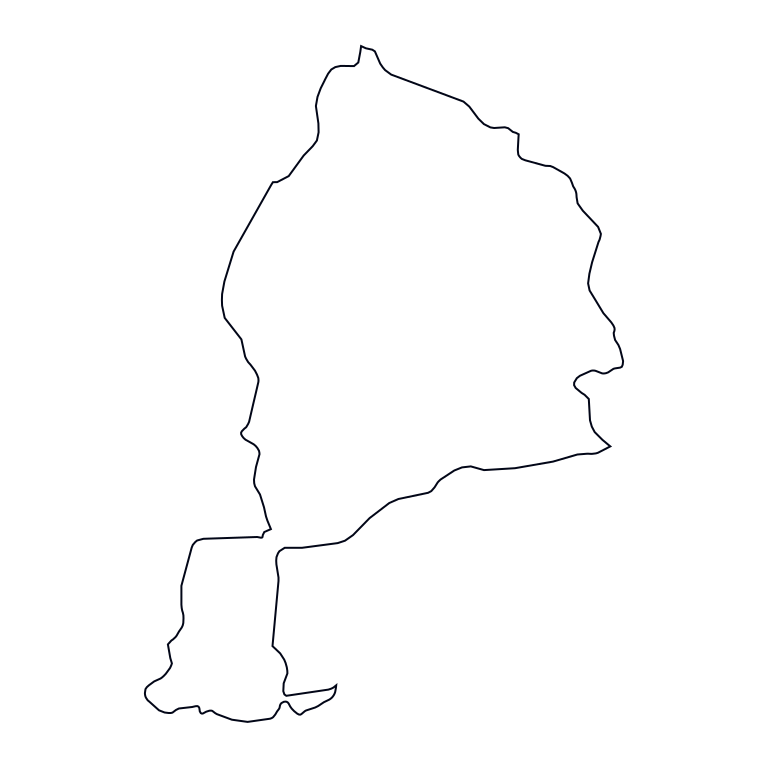 an SVG outline of Jawzjan
{"feature_id": "AFG-1746", "entity_name": "Jawzjan", "entity_type": "Province", "adm_level": 1, "iso_a3": "AFG", "parent_name": "Afghanistan", "parent_adm1": "", "projection": "orthographic", "projection_center": [65.748, 36.744], "detail": "fine", "context": "isolated", "style": "outline", "palette": "ink", "viewbox_px": 768, "rotation_deg": 0, "n_neighbors": 0, "source": "natural_earth", "source_scale": "10m", "svg_char_len": 3851}
<svg xmlns="http://www.w3.org/2000/svg" viewBox="0 0 768 768"><path d="M361.1,46.1L365.9,48.3L372.3,49.7L374.9,51.4L380.2,63.6L382.8,67.4L385.1,70.1L391.2,74.6L463.5,101.6L469.3,106.6L478.3,118.6L483.9,124.1L490.4,127.4L494.1,128.0L504.8,127.3L508.2,128.2L512.8,131.9L515.8,132.8L518.7,134.3L518.5,137.0L517.8,149.9L518.0,152.1L518.3,154.6L519.0,155.9L520.2,157.4L521.0,158.2L521.8,158.9L525.3,160.3L545.4,165.8L550.2,166.0L553.1,167.1L564.5,173.5L567.6,175.8L570.1,178.5L571.9,182.7L573.2,186.4L574.7,188.8L575.5,190.5L576.1,192.4L576.4,194.0L576.6,197.2L577.6,203.3L578.4,204.5L582.8,210.7L598.1,226.9L600.9,233.9L600.5,236.2L599.6,239.6L599.3,240.3L598.5,242.0L592.1,262.3L589.4,273.7L588.1,283.4L589.6,290.5L594.5,298.5L603.4,313.2L611.3,322.4L613.4,325.5L614.5,328.0L614.6,329.7L614.3,331.2L613.7,332.9L614.0,335.7L615.1,340.0L618.4,345.0L620.1,349.0L623.1,361.1L622.7,364.7L621.8,366.8L620.2,367.6L615.0,368.4L613.5,368.8L608.1,372.4L605.9,373.2L603.9,373.5L602.2,373.4L595.5,370.8L593.9,370.5L592.4,370.5L591.0,370.8L579.9,375.8L576.8,378.2L574.2,382.5L574.1,385.2L575.7,388.0L581.6,392.9L584.6,394.8L588.8,399.0L590.0,420.3L591.8,426.6L594.7,432.1L602.5,439.9L610.3,446.4L597.9,452.8L595.9,453.4L591.7,453.9L587.5,453.7L577.4,454.5L553.0,461.6L515.0,468.2L484.0,470.1L470.8,466.4L462.0,467.4L454.3,470.5L440.6,479.5L438.8,481.2L437.7,482.4L434.6,487.3L431.3,491.1L428.1,492.8L398.4,499.0L389.3,503.0L369.6,518.1L353.0,535.1L345.0,540.7L337.7,543.1L302.0,547.8L284.7,547.8L279.4,551.2L278.0,553.3L276.5,557.1L276.2,560.7L276.4,564.4L278.5,577.5L278.5,581.0L272.5,646.1L280.2,653.4L284.2,659.6L285.6,663.0L286.8,667.3L287.3,670.7L287.4,673.4L283.7,683.3L283.3,691.2L284.4,694.4L286.3,695.8L328.4,689.6L331.4,688.6L333.5,687.5L336.2,685.3L335.9,688.0L335.2,691.9L334.6,693.6L333.7,695.3L332.7,696.7L331.7,697.8L330.5,698.8L329.3,699.6L323.9,702.2L318.2,706.0L315.2,707.5L306.0,710.5L304.8,711.2L301.5,714.0L300.5,714.6L299.1,714.6L297.3,713.7L294.1,711.1L291.7,708.6L290.2,706.5L288.7,703.6L287.8,702.5L286.7,701.8L285.6,701.6L283.8,701.8L281.4,703.1L280.4,704.4L279.9,705.8L279.7,707.1L279.4,708.2L278.8,709.2L277.1,711.4L275.3,714.5L273.1,717.2L271.7,718.1L270.1,718.7L247.6,721.9L231.9,719.7L216.8,714.1L215.0,713.0L212.3,710.9L211.1,710.6L209.4,710.7L206.2,711.7L202.9,713.5L201.9,713.6L200.8,713.1L199.8,711.4L199.4,708.5L199.1,707.5L198.4,706.6L197.3,706.1L195.6,706.2L192.1,707.0L178.9,708.5L175.9,710.0L172.5,712.6L170.8,713.0L168.6,713.0L164.6,712.5L159.0,710.3L149.5,701.8L147.7,700.3L146.2,698.1L145.5,696.7L145.1,695.1L144.9,693.2L145.2,691.1L145.5,689.1L146.8,687.2L148.9,685.3L154.2,681.4L160.6,678.5L162.0,677.5L163.7,676.0L165.8,673.8L170.1,667.9L171.3,665.2L171.9,663.4L170.3,658.1L167.9,644.4L171.4,640.5L172.9,639.5L175.5,637.1L176.6,635.7L179.0,631.5L181.7,627.6L182.7,625.5L183.3,623.0L183.5,618.3L183.4,615.3L182.9,612.8L182.2,610.6L181.7,608.0L181.4,604.7L181.4,585.8L191.7,547.6L192.8,544.9L195.3,542.0L197.1,540.5L203.4,538.8L257.2,537.0L260.9,537.7L261.9,537.6L262.5,537.0L262.8,535.1L264.3,532.0L270.9,529.1L267.4,520.6L266.0,516.4L264.0,507.3L260.0,494.5L255.0,486.3L254.2,483.2L254.0,479.6L256.0,467.0L259.5,454.2L259.4,452.8L259.0,450.8L257.3,447.9L255.7,446.0L253.7,444.3L245.5,439.7L243.6,438.0L242.2,436.2L241.2,434.3L241.1,432.7L241.8,431.3L244.3,428.7L246.2,427.2L248.1,424.0L249.1,421.8L253.2,404.1L256.1,391.8L258.4,381.9L258.5,380.2L258.3,378.0L257.0,374.6L255.0,370.7L250.5,364.7L248.2,362.2L246.1,358.7L245.1,356.5L241.4,339.4L224.7,317.9L222.1,305.7L221.9,300.0L222.1,294.1L224.4,281.5L233.6,251.6L271.1,185.1L272.9,182.2L277.2,182.1L288.7,176.1L303.7,155.5L312.7,146.2L316.9,140.5L318.6,132.3L318.4,123.4L315.9,106.0L317.5,96.9L320.7,88.3L324.7,80.3L324.7,80.2L328.1,73.7L331.3,69.5L335.3,67.1L340.8,65.9L354.0,66.1L358.3,62.5L360.3,51.9L361.1,46.1Z" fill="none" stroke="#020617" stroke-width="2"/></svg>